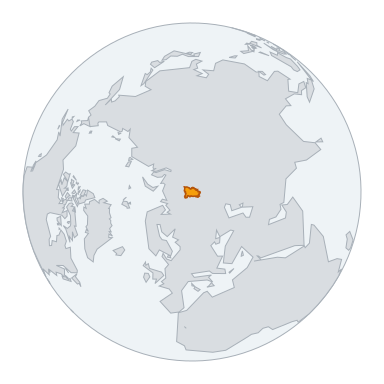 Perm' highlighted on a globe, orthographic projection, rotated 278°
{"feature_id": "RUS-3200", "entity_name": "Perm'", "entity_type": "Territory", "adm_level": 1, "iso_a3": "RUS", "parent_name": "Russia", "parent_adm1": "", "projection": "orthographic", "projection_center": [56.51, 58.891], "detail": "fine", "context": "on_globe", "style": "filled", "palette": "amber", "viewbox_px": 384, "rotation_deg": 278, "n_neighbors": 0, "source": "natural_earth", "source_scale": "10m", "svg_char_len": 13694}
<svg xmlns="http://www.w3.org/2000/svg" viewBox="0 0 384 384"><g transform="rotate(278 192 192)"><circle cx="192" cy="192" r="169" fill="#eef3f6" stroke="#a8b0b8"/><path d="M167.1,24.9L170.2,24.5L168.3,24.7L172.4,24.2L176.7,23.8L185.0,23.5L194.0,25.2L194.4,30.5L190.2,29.6L190.7,31.2L196.0,32.6L199.3,33.2L208.4,42.8L224.9,51.2L233.0,51.7L229.0,53.6L246.1,53.3L256.9,57.8L243.0,54.2L240.2,55.0L246.7,58.5L245.2,60.2L247.5,63.0L245.2,64.7L237.2,62.8L235.6,64.0L240.3,66.5L240.9,70.0L234.3,66.1L234.7,72.0L221.5,70.5L205.7,59.8L196.6,61.6L175.6,57.6L175.7,59.9L167.9,60.3L165.1,63.2L162.0,61.9L162.5,65.4L165.9,66.0L167.2,67.9L165.9,69.7L161.7,68.3L161.7,67.1L159.8,67.7L158.3,66.2L158.3,68.0L153.4,66.3L156.2,70.8L150.7,71.7L147.9,69.8L150.9,66.4L151.8,54.3L150.0,51.8L144.5,51.5L128.4,58.2L125.2,57.1L119.0,58.3L119.5,60.4L124.5,60.3L123.9,64.7L130.1,64.3L130.8,66.2L136.1,67.5L132.4,71.3L125.9,74.4L121.3,73.6L118.4,75.0L120.4,79.2L109.6,81.3L98.5,89.3L96.0,89.5L95.3,83.5L101.3,74.6L100.4,67.9L98.0,76.4L91.8,77.4L89.6,79.5L88.2,82.0L89.4,83.3L86.6,84.7L88.0,76.5L90.5,75.1L90.0,77.6L92.8,73.6L93.7,68.6L90.5,69.7L95.2,61.7L92.9,62.6L92.7,61.4L96.0,60.6L90.2,62.1L95.3,55.0L87.5,59.3L98.3,52.1L104.1,48.3L110.5,44.3L109.3,44.8L119.4,39.5L123.7,37.5L137.8,32.0L152.3,27.8L167.1,24.9ZM83.9,62.5L86.3,60.6L84.2,62.3L83.9,62.5ZM201.1,33.2L196.3,32.5L192.0,30.8L196.2,31.1L201.1,33.2ZM208.9,37.4L206.2,37.4L205.9,35.1L207.5,35.8L208.9,37.4ZM239.1,51.8L235.4,50.3L239.4,51.3L239.1,51.8ZM248.2,63.1L249.7,63.0L250.3,64.5L248.2,63.1ZM137.8,65.4L137.0,66.4L136.4,65.6L137.8,65.4ZM140.9,65.0L140.8,63.4L142.3,63.0L142.3,64.0L140.9,65.0ZM247.3,68.6L247.7,71.1L245.9,68.2L247.3,68.6ZM140.6,67.2L144.9,62.5L147.5,61.9L149.6,65.3L140.6,67.2ZM247.0,72.4L248.2,78.7L251.6,79.1L242.6,81.9L244.6,75.4L241.8,71.7L245.0,73.2L247.0,72.4ZM167.5,65.5L163.9,64.8L168.1,63.7L167.5,65.5ZM169.9,64.3L181.1,58.7L185.8,60.7L181.1,62.1L188.2,63.5L185.0,67.3L180.4,67.3L178.0,65.2L178.6,68.3L169.9,64.3ZM237.4,82.5L236.5,83.8L235.9,82.1L237.4,82.5ZM168.1,68.5L169.9,67.1L174.1,68.7L171.2,71.9L170.8,70.3L168.1,68.5ZM191.6,62.2L194.2,64.1L192.4,67.6L193.1,68.8L185.3,67.6L191.6,62.2ZM169.1,70.9L169.6,73.4L166.4,74.4L166.5,70.0L169.1,70.9ZM176.4,67.9L178.3,68.8L176.3,69.3L176.4,67.9ZM155.4,79.6L157.5,77.7L159.9,78.3L155.4,79.6ZM170.0,74.3L171.1,74.0L172.3,74.1L171.9,76.0L170.0,74.3ZM184.6,70.2L183.2,71.3L187.7,70.9L186.4,73.6L181.4,72.4L183.1,74.1L182.7,74.9L179.1,73.0L184.6,70.2ZM175.1,78.2L168.3,77.7L163.9,81.0L161.7,80.5L169.2,75.3L175.1,78.2ZM177.7,75.3L175.6,76.9L173.9,75.3L174.3,73.2L177.7,75.3ZM187.4,76.0L190.6,72.1L191.6,72.5L187.4,76.0ZM174.2,79.4L175.8,79.5L174.0,79.8L174.2,79.4ZM183.7,77.4L184.7,75.9L185.8,76.4L183.7,77.4ZM178.3,81.0L176.1,80.8L176.3,79.3L178.3,81.0ZM181.0,79.6L182.3,80.7L177.7,78.9L181.3,78.8L181.0,79.6ZM184.6,78.1L185.6,77.9L184.0,78.7L184.6,78.1ZM178.7,86.9L172.9,85.0L173.4,81.7L179.0,83.9L178.7,86.9ZM87.9,325.1L77.8,315.3L79.6,313.9L77.5,309.1L67.0,291.0L69.2,286.4L66.9,281.2L61.8,277.1L59.3,270.6L56.4,267.4L40.0,247.5L36.2,234.9L34.8,208.1L38.7,205.9L41.7,197.6L70.5,195.3L74.0,203.2L93.8,217.5L95.8,220.8L90.7,226.7L103.3,247.2L110.6,244.3L124.8,257.2L136.0,261.5L144.9,248.7L126.6,241.5L126.1,232.9L143.0,232.5L159.4,238.7L159.7,235.6L151.6,225.8L157.7,221.6L149.1,221.9L150.9,226.0L145.5,226.4L143.6,222.8L145.8,221.3L141.5,218.1L132.0,226.2L132.8,231.2L120.1,227.2L120.2,235.3L115.9,236.7L114.2,223.7L116.2,220.2L111.0,202.9L107.8,206.1L112.5,222.8L110.0,220.2L105.7,225.1L107.0,219.3L102.8,200.7L92.9,195.4L76.3,200.2L71.4,195.9L69.1,187.8L79.2,175.6L89.1,186.6L92.8,182.9L94.3,172.6L97.2,176.9L99.0,174.2L103.1,178.0L112.3,175.9L116.9,178.9L123.9,171.3L127.2,171.9L122.1,176.2L121.1,180.9L133.1,188.3L136.3,187.8L139.9,182.3L142.7,185.3L144.6,179.1L153.2,180.5L144.4,173.7L148.3,167.6L155.3,164.9L155.0,161.8L143.7,166.1L140.6,169.0L140.4,173.4L130.6,180.8L125.8,179.8L130.1,167.7L123.7,165.1L129.8,157.2L156.7,149.8L166.1,150.4L174.7,164.8L170.6,168.2L165.5,164.6L167.1,173.7L168.5,170.2L170.9,172.7L175.2,167.9L177.1,169.5L178.1,162.2L180.8,163.7L180.2,168.2L189.0,162.7L195.7,164.3L196.8,162.4L196.1,159.8L205.1,163.8L205.5,162.2L202.7,160.2L201.7,155.7L203.4,149.5L206.5,151.3L206.2,153.7L210.3,161.7L209.3,168.2L210.7,168.3L212.3,163.1L207.4,153.4L207.5,149.2L210.5,153.3L209.5,151.5L210.5,150.0L214.4,150.2L211.3,145.4L218.7,127.4L226.9,126.3L228.7,131.8L237.1,122.0L245.7,122.1L243.0,120.2L245.3,114.5L242.6,114.4L241.5,113.1L246.1,99.3L249.5,97.6L248.5,90.1L247.1,89.2L244.6,89.9L242.6,81.9L251.6,79.1L254.2,81.3L258.1,78.4L263.4,83.8L269.6,87.2L273.1,95.2L277.7,97.4L278.7,96.0L285.7,98.2L296.6,107.9L283.4,106.0L266.1,94.0L272.8,99.2L269.9,99.9L271.5,103.1L276.3,106.8L277.7,106.0L278.7,122.7L287.6,137.2L290.2,130.9L295.1,130.9L307.5,143.3L314.8,172.3L321.4,173.7L323.9,177.3L323.0,183.6L319.3,178.5L315.4,180.4L313.5,176.7L310.7,185.6L307.8,180.7L307.1,190.3L310.9,192.1L314.4,185.9L315.1,196.6L322.7,197.4L327.1,204.2L326.1,226.1L319.7,238.8L320.1,241.5L315.7,242.4L312.7,251.2L322.9,256.8L323.6,260.2L317.4,273.4L316.8,271.3L305.3,273.7L305.1,282.9L313.9,282.8L317.0,287.3L311.1,290.2L307.7,286.3L303.6,287.0L303.4,279.6L297.3,271.6L291.3,277.9L290.4,273.3L281.2,267.6L271.7,276.0L257.6,295.4L257.9,307.0L252.0,313.6L239.6,300.9L235.7,289.6L230.1,292.1L218.1,283.2L194.4,284.4L192.0,280.9L187.3,282.5L179.0,278.6L175.7,272.5L170.3,272.3L179.3,288.2L185.3,288.2L191.6,282.8L192.9,288.1L201.0,292.5L188.5,304.3L154.8,310.4L153.2,301.3L136.4,269.4L137.9,266.5L137.9,266.1L137.8,265.4L134.5,269.8L132.2,263.1L139.3,285.6L139.8,293.7L154.3,310.8L152.6,311.8L157.7,315.4L176.5,314.7L176.2,317.4L166.3,328.2L141.9,336.8L146.2,344.9L146.1,349.5L133.2,348.0L136.6,350.9L130.2,349.0L131.4,349.7L130.7,349.5L119.4,344.6L108.4,338.8L97.9,332.3L87.9,325.1ZM57.7,203.1L56.2,205.3L57.7,203.1ZM175.0,252.5L185.9,254.3L184.0,244.0L188.1,244.0L185.9,240.6L183.8,243.3L179.0,234.0L184.8,231.6L185.0,227.1L181.3,226.2L171.5,232.2L178.3,245.4L174.5,249.0L175.0,252.5ZM58.5,88.4L56.1,91.7L57.0,90.4L58.5,88.4ZM83.2,62.8L81.4,64.4L83.2,62.8ZM82.4,63.9L83.0,63.3L84.3,62.3L82.4,63.9ZM91.7,77.9L91.5,78.6L89.7,81.1L89.7,79.9L91.7,77.9ZM87.0,93.4L82.7,95.2L85.8,92.9L84.9,91.4L90.1,84.8L95.0,89.4L91.9,88.4L87.0,93.4ZM98.5,77.7L94.6,81.1L98.7,77.2L98.5,77.7ZM105.1,156.5L105.3,160.0L102.1,162.1L96.2,159.1L100.9,155.9L105.1,156.5ZM106.4,164.6L112.3,153.9L116.2,155.7L113.0,156.5L115.0,158.7L110.4,160.6L108.4,173.0L105.4,175.7L96.2,168.1L100.8,169.0L100.3,165.3L106.4,164.6ZM120.5,126.0L123.1,122.0L128.2,130.8L125.2,133.5L119.1,130.4L119.1,125.4L120.5,126.0ZM143.6,74.4L144.3,72.8L145.5,73.2L145.8,74.8L143.6,74.4ZM156.2,78.7L141.9,82.0L142.0,80.3L133.6,84.7L130.4,81.9L136.0,79.1L127.3,80.4L131.0,76.7L125.1,78.2L137.7,72.2L140.8,69.2L138.6,73.6L141.4,76.2L143.5,76.4L151.8,74.9L159.7,69.9L163.7,72.0L164.5,74.7L163.2,76.2L161.0,74.4L160.9,77.7L156.7,76.2L156.2,78.7ZM171.1,109.4L169.1,106.1L168.2,113.7L164.0,111.7L164.1,112.7L160.0,113.1L155.3,115.4L153.8,113.9L152.6,115.5L149.8,115.8L147.6,117.5L144.2,115.5L141.3,117.5L141.3,115.5L137.2,119.4L138.7,115.6L135.3,115.9L135.7,119.4L122.2,106.0L115.5,103.7L109.0,103.9L112.4,97.8L120.7,93.8L130.6,91.9L136.7,95.2L137.1,92.0L140.1,92.6L138.5,94.9L142.8,91.8L144.9,93.0L153.7,92.1L158.7,87.3L162.0,87.0L161.1,89.5L165.1,87.4L165.7,92.0L168.1,91.9L171.1,96.5L167.9,101.6L170.9,101.2L173.3,104.8L171.1,109.4ZM179.4,88.3L176.6,94.5L172.9,96.6L169.3,87.8L167.0,87.2L164.5,81.9L169.9,79.1L170.1,80.8L171.6,81.9L169.3,82.3L172.2,82.8L172.6,85.2L175.0,86.3L173.4,88.0L179.4,88.3ZM99.8,220.0L101.6,221.9L104.9,223.8L102.3,227.0L99.8,220.0ZM96.6,207.4L98.6,208.3L96.5,213.6L94.5,211.8L96.6,207.4ZM101.5,204.4L98.9,207.9L99.1,205.0L101.5,204.4ZM124.1,176.7L126.4,177.4L125.9,178.9L123.8,180.2L124.1,176.7ZM167.5,132.5L166.9,130.0L168.1,129.6L170.1,124.2L173.4,125.3L173.5,129.0L167.5,132.5ZM140.7,250.1L136.5,251.7L135.2,249.7L136.9,249.6L140.7,250.1ZM117.7,239.8L122.1,244.2L116.9,240.6L117.7,239.8ZM171.5,132.9L171.9,130.4L173.3,132.5L171.5,132.9ZM175.9,125.9L177.8,127.8L174.1,124.8L175.9,125.9ZM174.9,353.7L166.9,358.2L158.9,356.9L156.1,355.3L158.1,352.2L167.0,352.3L171.0,350.5L174.9,353.7ZM339.7,272.5L341.9,269.0L341.7,269.5L339.7,272.5ZM337.6,275.1L340.3,271.0L336.8,276.6L337.6,275.1ZM341.3,269.3L344.1,264.2L345.3,261.6L344.9,262.7L341.3,269.3ZM335.6,278.0L323.5,292.5L318.3,296.9L319.9,294.3L328.3,285.8L335.6,278.0ZM319.4,294.7L311.1,298.6L297.3,295.9L302.3,292.8L316.2,289.9L315.4,291.9L320.5,290.3L319.4,294.7ZM338.3,266.5L337.4,271.0L331.1,279.0L328.0,282.0L325.9,279.5L327.1,275.6L329.8,272.8L338.2,251.9L341.4,249.9L339.3,257.5L341.8,257.4L338.3,266.5ZM258.8,307.7L263.3,312.3L259.9,314.5L258.8,307.7ZM340.2,240.2L337.7,249.4L339.6,239.2L340.2,240.2ZM340.5,231.9L341.4,233.9L339.4,233.8L340.5,231.9ZM321.2,244.9L318.5,248.5L317.8,246.9L320.8,241.4L321.2,244.9ZM330.4,210.0L332.8,215.3L333.1,217.6L330.7,216.1L330.4,210.0ZM200.1,140.9L193.6,147.1L191.0,152.6L193.0,157.4L187.4,153.5L191.3,144.9L200.1,140.9ZM216.1,128.8L214.3,124.9L216.9,125.0L217.7,125.9L216.1,128.8ZM213.7,127.6L208.1,125.9L208.3,122.7L212.7,124.7L213.7,127.6ZM189.6,129.1L187.5,130.8L186.4,129.0L189.6,129.1ZM345.0,263.3L348.5,255.1L349.9,251.8L345.0,263.3ZM358.2,222.3L355.9,232.0L355.4,232.5L356.6,227.4L354.4,233.3L356.9,224.6L357.5,224.8L358.8,217.4L360.0,209.8L360.2,208.3L358.2,222.3ZM356.1,232.2L356.4,230.8L355.9,233.1L356.1,232.2ZM351.0,245.0L350.8,246.3L350.0,247.5L351.0,245.0ZM352.1,241.9L354.3,236.9L351.8,243.3L352.1,241.9ZM343.4,255.8L344.4,256.6L347.3,249.9L345.0,256.0L346.6,256.2L345.7,258.9L344.3,258.3L343.1,263.7L341.7,265.9L341.4,263.5L343.0,256.7L344.3,252.6L349.4,242.3L343.4,255.8ZM352.3,239.1L351.6,237.8L352.0,234.7L352.8,234.5L352.3,239.1ZM348.9,235.4L346.2,235.9L344.4,240.8L347.4,228.5L349.5,230.1L348.9,235.4ZM345.6,231.0L344.0,235.6L345.2,229.1L345.6,231.0ZM343.2,235.2L342.3,233.0L343.9,230.7L343.2,235.2ZM346.5,229.3L345.7,224.3L347.1,225.5L346.5,229.3ZM339.8,228.3L344.5,226.9L339.6,232.4L336.3,224.0L338.1,220.7L339.8,228.3ZM330.2,173.2L328.1,171.3L328.8,167.6L330.1,170.0L330.2,173.2ZM329.3,154.6L328.3,166.0L327.1,175.5L328.9,174.6L331.3,180.8L327.0,179.6L325.6,169.7L327.1,163.4L324.4,158.7L323.7,152.0L319.5,147.9L318.3,144.0L322.5,145.9L329.3,154.6ZM317.6,146.4L309.9,137.7L312.7,133.1L315.0,134.0L317.4,139.8L315.8,141.9L317.6,146.4ZM308.9,134.3L307.3,136.3L292.6,129.3L290.2,126.7L302.8,129.2L302.0,131.3L305.1,134.0L308.9,134.3ZM238.3,84.4L236.7,83.9L238.3,83.3L238.3,84.4ZM240.0,113.1L238.8,111.3L240.7,110.5L240.0,113.1ZM236.6,105.8L235.2,107.9L235.4,104.9L236.6,105.8ZM232.5,112.8L234.1,108.4L234.4,113.7L232.5,112.8Z" fill="#d9dde1" stroke="#a8b0b8" stroke-width="1"/><path d="M189.5,199.5L189.5,199.4L189.4,199.4L189.1,199.2L188.9,199.0L188.9,198.9L188.8,199.0L188.7,199.2L188.6,199.3L188.6,199.5L188.5,199.4L188.4,199.2L188.2,198.9L188.0,198.7L188.0,198.4L187.8,198.6L187.7,198.6L187.7,198.4L187.7,198.1L187.8,198.1L187.9,198.3L188.0,198.2L188.1,197.8L188.1,197.7L188.3,197.5L188.5,197.5L188.6,197.4L188.4,197.2L188.5,197.2L188.5,196.9L188.5,196.7L188.4,196.6L188.2,196.6L188.2,196.4L188.3,196.4L188.4,196.1L188.3,195.9L188.2,195.9L188.2,196.0L188.1,195.9L188.1,195.7L188.3,195.5L188.3,195.4L188.3,195.2L188.2,194.8L188.2,194.6L188.1,194.4L188.0,194.1L187.9,194.1L187.8,193.9L187.9,193.7L187.8,193.4L187.8,193.2L187.7,192.8L187.7,192.7L187.8,192.6L187.8,192.4L188.0,192.3L188.0,192.2L187.9,192.1L187.8,191.8L187.8,191.7L188.0,191.5L188.0,191.4L187.9,191.3L187.8,191.2L187.7,191.2L187.8,191.3L187.4,191.1L187.2,191.0L187.1,190.7L187.1,190.4L187.2,190.2L187.3,190.1L187.3,189.9L187.4,189.6L187.7,189.5L187.8,189.2L187.8,188.8L187.9,188.6L187.7,188.2L187.4,188.1L186.1,188.0L185.8,187.8L185.9,187.4L185.8,187.2L185.7,187.1L185.7,186.9L185.2,186.7L185.4,185.9L186.0,186.1L186.1,185.7L186.7,185.8L186.8,185.4L187.5,185.6L187.5,185.9L187.5,186.0L188.1,186.1L188.2,185.9L189.8,186.2L189.9,185.7L190.0,185.7L190.3,185.4L190.9,185.5L190.9,185.4L191.0,185.1L191.6,185.2L191.8,184.9L191.7,184.8L191.8,184.5L192.0,184.5L192.1,184.3L192.2,184.2L192.3,184.2L192.8,184.3L193.0,184.3L195.1,184.3L195.2,184.2L195.3,184.2L195.5,184.1L195.7,183.8L195.8,183.8L196.0,183.7L196.0,183.8L196.1,184.1L196.1,184.3L196.0,184.6L195.9,184.7L195.9,184.8L195.9,185.0L196.0,185.3L196.0,185.5L196.1,185.8L196.2,186.1L196.3,186.2L196.2,186.4L196.2,186.5L196.2,186.8L196.1,187.1L196.0,187.4L195.9,187.6L195.9,187.8L195.8,188.1L195.7,188.3L195.7,188.5L195.7,188.9L195.4,189.1L195.2,189.1L195.1,189.5L194.9,189.6L194.8,190.0L194.7,190.1L194.7,190.3L195.0,190.3L195.0,190.5L195.3,190.8L195.8,190.9L195.9,191.1L196.0,191.1L195.9,191.5L196.1,191.7L196.0,191.9L195.9,191.9L195.9,192.1L195.9,192.3L196.0,192.3L196.1,192.5L196.2,192.4L196.3,192.5L196.5,192.5L196.4,192.7L196.4,192.8L196.5,193.1L196.4,193.2L196.3,193.3L196.3,193.5L196.2,193.6L196.0,193.8L195.9,194.0L195.6,194.0L195.4,194.3L195.3,194.5L195.4,194.8L195.5,194.9L195.5,195.0L195.7,195.3L195.3,195.8L195.2,195.8L195.1,195.7L194.9,195.5L194.7,195.5L194.5,195.9L194.4,195.8L194.3,196.0L194.3,196.6L194.4,196.9L194.4,197.0L194.6,197.2L194.4,197.2L194.4,197.3L194.5,197.3L194.4,197.4L194.2,197.4L194.1,197.6L193.9,197.7L193.8,197.8L193.7,197.8L193.4,197.8L193.1,198.0L193.3,198.3L193.4,198.5L193.5,198.5L193.4,198.7L193.4,198.8L193.3,199.1L193.4,199.3L193.5,199.5L193.4,199.6L193.2,199.6L193.2,199.8L193.2,200.0L192.9,200.1L192.7,200.2L192.4,200.0L192.4,199.9L192.2,199.9L192.1,199.7L192.1,199.4L191.9,199.4L191.8,199.5L191.7,199.5L191.4,199.6L191.2,199.5L191.1,199.4L191.0,199.2L190.9,199.2L190.9,199.3L190.8,199.2L190.7,199.3L190.4,199.3L190.3,199.5L190.2,199.5L189.9,199.5L189.9,199.4L189.8,199.5L189.7,199.5L189.5,199.5Z" fill="#f59e0b" stroke="#b45309" stroke-width="1.5"/></g></svg>